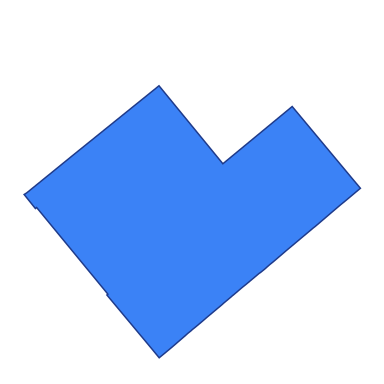 Lincoln, Nevada, United States of America, rotated 50°
{"feature_id": "52423323B70783042425825", "entity_name": "Lincoln", "entity_type": "district", "adm_level": 2, "iso_a3": "USA", "parent_name": "United States of America", "parent_adm1": "Nevada", "projection": "orthographic", "projection_center": [-114.284, 37.76], "detail": "fine", "context": "isolated", "style": "filled", "palette": "blue", "viewbox_px": 384, "rotation_deg": 50, "n_neighbors": 0, "source": "geoboundaries", "source_scale": "gbopen_adm2", "svg_char_len": 817}
<svg xmlns="http://www.w3.org/2000/svg" viewBox="0 0 384 384"><g transform="rotate(50 192 192)"><path d="M297.9,301.1L297.7,288.5L297.7,288.1L297.6,286.3L297.7,281.9L297.6,280.1L297.7,276.4L297.7,267.6L297.6,260.5L297.6,260.4L297.6,259.1L297.6,248.0L297.6,241.2L297.5,239.3L297.5,233.4L297.5,230.6L297.5,229.1L297.4,227.0L297.5,226.9L297.4,216.2L297.4,214.4L297.5,209.9L297.5,194.2L297.5,192.7L297.7,191.4L297.8,185.0L297.7,183.0L297.6,178.9L297.7,174.8L297.5,157.8L297.5,136.4L297.5,121.9L297.6,119.8L297.4,99.7L297.3,86.1L297.4,79.8L297.4,79.2L297.4,75.6L297.4,60.6L285.2,60.6L284.5,60.6L190.9,60.3L190.2,150.2L89.4,149.0L87.3,260.1L86.4,319.4L86.0,322.2L104.0,322.6L104.0,321.0L216.2,322.1L216.2,323.4L284.7,323.6L297.9,323.7L298.0,307.2L297.9,301.1Z" fill="#3b82f6" stroke="#1e3a8a" stroke-width="1.5"/></g></svg>